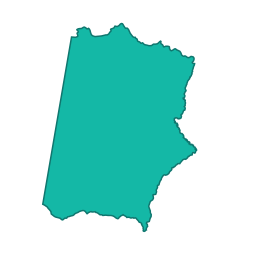 outline of Trapeang Prasat, Siemréab, Cambodia, rotated 10°
{"feature_id": "14789045B58524041159765", "entity_name": "Trapeang Prasat", "entity_type": "district", "adm_level": 2, "iso_a3": "KHM", "parent_name": "Cambodia", "parent_adm1": "Siemréab", "projection": "mercator", "projection_center": [104.395, 14.168], "detail": "fine", "context": "isolated", "style": "filled", "palette": "teal", "viewbox_px": 256, "rotation_deg": 10, "n_neighbors": 0, "source": "geoboundaries", "source_scale": "gbopen_adm2", "svg_char_len": 5887}
<svg xmlns="http://www.w3.org/2000/svg" viewBox="0 0 256 256"><g transform="rotate(10 128 128)"><path d="M182.4,53.0L180.8,53.1L180.2,52.7L179.9,52.2L180.1,51.7L180.9,50.5L181.1,48.5L180.6,47.3L179.9,46.7L178.3,46.5L177.6,46.6L176.3,47.8L175.5,48.2L174.3,48.2L172.2,47.2L171.3,47.2L170.8,47.7L170.1,47.7L168.7,47.2L168.2,46.8L166.7,44.4L165.6,43.4L162.2,42.5L161.5,42.0L160.8,41.8L160.0,42.1L158.4,43.7L157.6,44.2L157.3,44.4L156.6,44.2L156.0,43.8L155.3,42.8L155.0,42.3L154.8,41.2L154.5,40.8L154.1,40.6L152.9,40.6L151.0,40.9L149.5,41.8L148.9,41.8L147.9,40.4L147.5,40.0L145.8,39.2L145.5,38.5L145.4,37.0L145.0,36.8L144.3,37.4L143.0,39.2L142.2,40.0L140.4,40.7L138.9,40.9L138.4,41.1L136.9,42.7L136.3,42.9L134.4,43.3L132.1,43.1L130.4,43.1L129.3,42.8L128.1,41.9L127.6,41.6L127.2,41.7L126.6,42.2L126.0,42.3L124.6,41.3L122.6,40.9L122.0,40.1L121.6,39.0L121.0,38.6L120.0,38.3L119.4,37.4L118.2,37.7L117.5,37.5L116.7,37.1L113.8,34.4L111.3,30.8L110.2,30.0L109.7,29.8L108.3,30.2L107.9,30.0L106.4,28.5L105.0,26.8L104.4,26.3L103.6,26.2L103.0,26.5L102.3,27.1L101.5,28.5L100.5,29.4L100.0,29.8L99.5,30.0L97.8,29.9L97.4,30.0L96.9,31.6L96.5,32.0L95.5,32.7L94.0,33.5L93.8,33.9L94.4,35.0L94.3,35.8L93.4,36.9L92.8,38.6L92.1,39.3L91.3,40.0L90.2,40.1L85.8,42.0L79.6,43.7L77.4,43.4L76.3,42.9L75.8,42.5L74.9,41.2L73.6,38.4L72.7,37.3L71.9,36.7L71.6,36.8L71.1,37.3L70.4,37.5L69.2,36.8L67.7,36.2L67.2,36.3L66.6,36.6L65.3,37.8L64.8,38.1L63.1,38.5L61.7,39.0L60.6,39.9L60.8,40.4L61.9,41.1L62.2,41.5L62.3,42.3L61.5,43.2L61.4,43.6L62.4,45.4L62.6,46.2L62.4,46.6L61.6,47.3L60.5,47.8L56.6,48.2L57.3,217.9L59.1,218.4L62.2,219.8L63.4,221.1L64.8,222.1L66.5,223.6L67.4,226.0L70.9,227.9L72.5,228.3L76.6,228.6L78.7,229.8L79.7,229.8L81.5,227.7L82.8,227.6L83.5,227.1L83.6,226.6L84.0,225.9L85.1,225.6L86.7,224.7L89.0,223.7L90.0,222.7L90.2,222.1L91.4,221.0L93.3,219.9L94.7,218.6L96.2,217.8L97.9,217.1L99.0,217.0L100.4,217.6L102.5,219.5L102.8,219.4L103.8,218.1L105.7,216.9L106.2,216.7L107.0,217.0L109.6,216.4L110.2,216.1L111.1,216.8L111.8,216.7L112.9,217.0L114.3,217.7L114.9,218.1L115.5,218.3L117.3,218.0L118.4,218.5L121.1,217.7L123.4,217.6L126.4,217.1L127.6,217.1L128.9,217.3L130.0,217.7L131.6,218.6L133.2,219.1L134.0,219.0L134.5,218.4L134.9,217.3L135.5,216.8L136.3,215.7L137.3,215.1L138.0,214.5L138.2,214.2L138.6,214.3L139.0,214.7L141.2,215.4L141.7,215.7L142.4,216.3L143.5,215.9L144.5,215.8L145.2,215.8L145.9,216.1L146.7,216.1L148.5,215.4L149.4,215.8L151.0,215.2L151.8,215.6L152.4,216.2L154.3,217.6L154.9,218.4L155.6,218.9L156.5,218.9L157.9,219.6L158.2,220.2L158.1,220.6L160.3,223.3L160.3,224.4L160.9,225.2L160.7,226.1L161.0,226.8L161.8,227.0L162.8,226.4L163.3,225.4L163.8,225.2L163.6,224.8L163.5,223.5L164.0,222.1L164.4,221.4L164.1,221.0L164.0,220.1L163.7,219.5L162.8,219.0L162.7,218.1L162.8,217.7L163.1,217.4L164.8,216.6L165.2,216.3L165.5,213.0L165.7,212.7L165.8,211.9L166.1,211.5L166.1,211.0L165.9,209.2L164.8,207.7L164.5,206.7L164.4,205.9L162.5,202.6L162.0,201.4L162.0,200.9L162.7,196.6L163.2,195.9L164.7,194.5L165.2,193.0L165.1,192.1L164.2,189.7L164.5,189.2L165.2,189.1L166.8,188.5L167.2,186.0L167.1,185.5L166.7,184.9L166.6,184.3L166.8,183.3L167.4,181.7L167.0,179.6L167.2,179.3L168.2,178.8L168.3,178.6L168.5,177.3L168.4,176.8L168.7,175.7L168.7,175.1L169.6,173.1L169.8,171.2L171.0,168.6L171.4,168.2L171.9,167.8L173.3,167.9L174.8,167.1L176.1,165.7L176.6,163.8L178.1,161.9L178.3,160.9L178.1,160.4L178.3,159.4L178.5,159.3L179.3,159.2L179.9,158.8L180.0,158.3L180.9,157.7L181.8,156.1L182.6,155.5L183.1,154.5L185.2,154.1L185.7,152.9L187.5,149.8L188.7,149.0L189.4,148.7L190.3,148.8L191.8,147.0L192.3,145.5L192.9,145.4L193.4,144.7L194.3,143.9L195.8,143.4L195.9,143.2L195.7,142.2L196.1,141.0L197.0,140.8L197.6,141.1L198.0,141.1L198.3,140.9L198.6,140.6L198.5,140.2L198.6,139.6L198.9,138.6L199.4,138.0L199.4,137.7L199.0,137.4L197.9,137.3L197.7,137.0L197.8,136.7L198.3,136.3L197.5,135.7L197.2,135.2L196.6,135.2L195.9,135.0L195.7,134.3L195.1,134.1L195.2,133.6L194.8,133.5L194.4,133.7L194.2,133.7L193.8,133.0L193.6,133.0L192.9,133.2L192.4,133.6L192.1,133.5L192.0,133.0L190.8,132.9L190.8,132.7L191.2,132.3L191.4,131.8L190.8,131.4L190.8,131.2L190.4,131.3L189.9,130.9L189.5,130.9L189.3,131.2L189.0,131.3L188.8,130.9L188.4,130.5L188.6,130.3L188.5,129.9L188.2,130.0L188.0,129.8L188.1,129.5L187.8,129.4L187.5,129.1L187.3,129.4L187.6,129.6L187.3,129.8L186.6,129.5L186.3,128.8L185.8,128.7L185.5,128.5L185.4,128.3L185.0,128.1L184.3,128.0L184.1,127.8L184.4,126.9L184.3,126.5L183.9,126.0L184.0,125.7L183.6,125.2L182.1,124.1L181.0,124.2L180.3,123.9L180.0,123.3L179.6,122.8L179.7,122.4L179.4,121.7L179.6,121.3L179.3,120.8L178.5,120.4L178.6,119.7L178.4,119.4L177.2,118.7L176.7,118.6L176.1,118.0L176.0,117.7L176.5,117.6L176.7,117.4L176.7,117.1L176.5,116.8L175.9,116.9L175.4,116.6L176.2,115.7L175.8,115.4L175.6,114.9L175.4,114.8L174.7,114.9L173.7,114.9L172.9,114.5L172.9,114.2L173.2,113.8L173.5,113.7L173.3,113.3L172.8,113.1L172.2,112.4L172.3,112.0L172.0,111.0L172.0,110.7L172.8,109.9L173.2,109.9L173.5,109.6L174.4,109.5L175.1,110.1L176.6,110.2L176.8,110.0L176.8,109.7L177.6,109.7L177.9,109.2L178.5,108.9L178.6,107.0L177.9,106.2L177.9,105.8L178.3,105.2L178.9,104.8L179.4,103.2L179.4,102.6L179.6,101.7L180.1,100.7L180.5,100.7L180.8,100.5L180.7,100.0L181.0,99.4L180.9,98.7L180.4,97.6L179.7,97.2L179.8,96.9L180.4,95.9L180.1,94.6L180.3,93.4L179.3,91.4L179.6,91.1L179.6,90.8L178.3,89.7L178.1,89.6L177.7,89.9L177.6,89.6L177.3,89.5L177.1,89.0L178.0,88.5L178.2,88.3L178.1,88.1L178.5,87.3L178.4,86.2L177.6,85.2L177.4,84.4L177.9,83.4L177.9,83.1L177.8,82.8L178.0,82.4L178.6,81.5L178.6,80.9L177.6,79.6L177.3,78.7L177.8,77.0L177.8,76.7L178.0,76.0L177.9,75.6L178.3,75.0L178.3,73.5L178.7,71.2L179.2,70.4L179.5,69.5L180.0,69.1L180.1,68.6L180.1,67.4L180.4,67.4L180.5,67.2L180.5,66.4L181.2,65.7L181.2,65.1L181.6,63.7L181.6,63.2L181.2,62.8L181.3,62.3L181.8,61.2L181.4,60.5L181.8,57.8L181.9,56.2L182.4,54.3L182.4,53.0Z" fill="#14b8a6" stroke="#0f766e" stroke-width="1.5"/></g></svg>